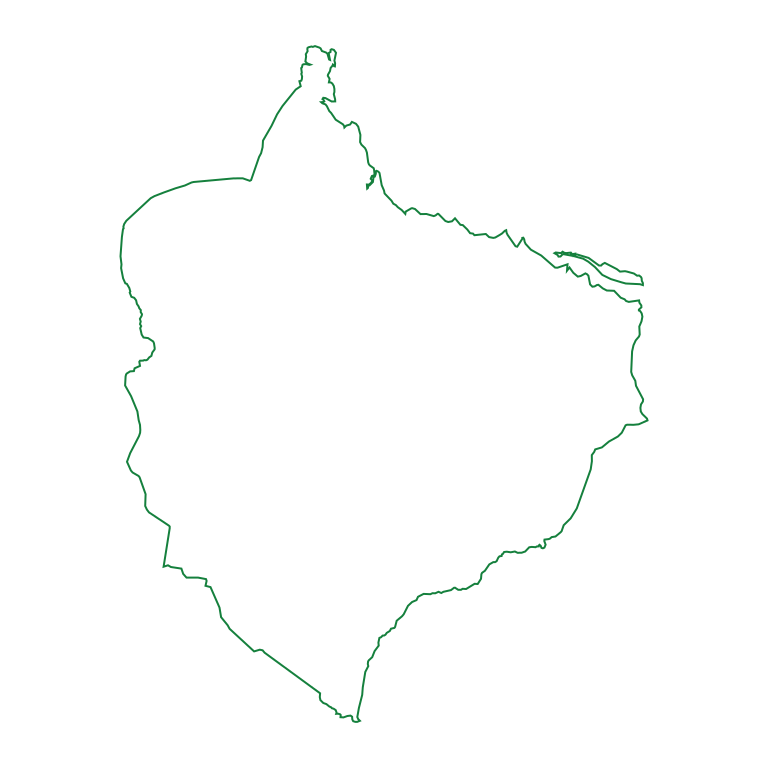 Krakor, Pouthisat, Cambodia
{"feature_id": "14789045B13270514327943", "entity_name": "Krakor", "entity_type": "district", "adm_level": 2, "iso_a3": "KHM", "parent_name": "Cambodia", "parent_adm1": "Pouthisat", "projection": "orthographic", "projection_center": [104.201, 12.447], "detail": "fine", "context": "isolated", "style": "outline", "palette": "green", "viewbox_px": 768, "rotation_deg": 0, "n_neighbors": 0, "source": "geoboundaries", "source_scale": "gbopen_adm2", "svg_char_len": 6064}
<svg xmlns="http://www.w3.org/2000/svg" viewBox="0 0 768 768"><path d="M639.1,300.4L628.8,301.9L626.1,301.0L624.6,299.3L620.7,297.7L614.1,290.8L606.8,290.5L602.8,288.4L598.4,284.8L597.0,285.0L594.6,286.4L592.4,286.7L590.1,284.4L588.4,275.7L587.0,274.2L585.4,273.4L580.7,276.0L577.8,276.6L573.3,272.8L569.5,267.5L567.0,270.7L567.5,264.3L557.5,267.7L555.1,267.6L541.2,255.5L530.9,249.7L525.6,243.9L524.6,241.7L524.2,239.3L523.3,237.7L522.3,237.9L522.3,238.8L517.2,246.7L515.5,246.2L507.6,234.9L506.6,232.8L506.2,230.2L504.8,230.8L502.0,233.5L499.6,235.0L495.3,237.5L493.3,237.9L489.1,237.1L485.8,234.0L474.4,235.2L473.0,233.6L470.1,233.2L467.3,229.5L462.8,225.1L460.4,224.8L455.0,218.3L452.0,221.3L448.2,222.0L445.4,221.0L438.4,213.9L437.6,213.8L435.6,215.4L433.8,216.1L426.5,214.0L420.5,214.1L415.0,209.0L412.3,208.2L411.4,208.3L405.7,211.6L405.3,213.9L401.7,210.0L397.8,207.2L395.9,205.1L393.3,203.7L391.5,200.7L384.6,193.5L384.0,190.5L381.7,185.2L379.5,173.0L378.4,171.7L376.6,170.8L375.9,171.2L375.8,173.8L374.8,176.6L373.5,177.2L372.9,182.0L369.5,185.4L368.3,185.7L367.9,188.0L367.2,188.6L366.9,184.5L369.0,184.6L371.2,182.7L372.1,181.2L372.2,180.3L370.7,178.8L371.9,176.0L374.2,175.3L374.5,173.8L374.1,169.9L373.7,168.2L369.9,165.5L368.9,164.3L368.2,162.4L366.9,152.6L366.0,150.0L365.0,148.1L361.4,144.6L360.1,142.1L360.4,134.9L358.2,126.6L356.0,123.8L351.9,121.9L350.1,124.5L346.3,125.6L344.4,127.5L344.1,125.9L342.9,124.3L335.7,119.7L331.1,112.9L329.3,111.1L326.9,106.2L325.5,104.4L322.4,103.3L321.2,102.2L323.3,102.0L324.3,101.4L323.4,99.7L322.5,99.1L323.3,97.8L325.5,98.1L331.7,101.5L335.2,101.4L335.1,99.2L333.8,94.1L334.4,92.0L334.4,88.9L333.8,86.0L332.3,83.5L330.7,82.4L328.9,82.4L329.6,78.9L327.8,75.8L328.0,74.6L330.0,71.1L330.6,68.0L332.7,65.4L332.9,64.5L333.6,64.9L334.1,66.2L334.9,66.4L335.1,63.2L334.4,60.6L336.0,52.8L333.9,49.9L331.7,49.2L330.6,49.8L330.5,52.0L328.9,52.9L328.8,53.9L330.0,59.9L329.1,59.5L327.4,53.6L326.0,52.5L321.9,51.0L320.6,48.4L319.4,47.6L315.0,46.1L312.8,46.9L311.5,46.5L308.7,47.2L307.6,47.8L307.3,49.0L307.6,51.2L305.8,54.2L306.1,56.5L305.4,61.5L307.3,63.4L310.4,64.6L309.4,64.9L306.0,64.1L303.3,64.3L302.5,64.9L301.9,67.5L301.2,68.1L301.8,72.8L301.3,73.9L302.1,76.4L301.9,79.0L301.3,80.7L299.4,81.2L300.7,86.2L295.7,89.6L282.5,106.0L277.1,114.3L271.5,125.9L263.0,140.6L262.6,147.2L261.1,153.2L259.1,156.9L251.1,180.1L249.8,180.8L242.7,178.3L233.4,178.4L193.6,182.0L191.5,182.5L184.9,185.5L175.5,188.3L163.8,192.5L154.5,196.1L150.7,198.2L126.3,220.8L124.2,224.0L123.4,226.6L123.6,228.5L123.0,229.1L121.9,237.0L120.5,256.3L121.5,264.4L121.1,268.1L123.1,278.3L125.3,283.3L126.9,283.9L129.3,288.0L130.3,291.5L129.7,292.6L131.4,296.8L134.2,297.8L136.1,300.3L136.9,303.9L138.6,306.4L139.3,308.3L140.8,310.1L140.7,312.1L142.0,314.2L141.7,315.7L139.9,318.9L140.7,321.6L140.0,324.1L141.2,326.1L140.2,328.1L141.7,334.6L143.5,337.5L148.1,338.1L153.2,341.5L154.0,343.3L154.7,348.1L154.6,349.4L152.3,352.5L151.4,355.9L149.2,357.4L147.4,359.7L146.0,360.3L144.2,360.1L143.2,360.6L140.0,360.7L139.3,361.8L140.0,365.9L134.6,368.3L133.9,371.1L130.1,371.4L126.8,373.5L126.1,374.4L125.6,376.4L125.1,385.5L131.1,396.2L137.4,411.5L138.7,420.2L140.0,424.9L140.3,430.0L140.1,432.8L139.0,436.1L130.2,453.1L127.0,461.8L130.9,470.5L132.6,472.5L138.6,476.0L139.6,477.3L145.6,494.2L145.2,506.0L146.9,509.6L149.0,512.4L169.0,525.7L169.7,526.5L169.7,528.3L163.6,566.7L168.0,565.3L170.9,567.0L181.4,568.6L183.2,573.9L186.5,577.6L198.1,577.6L206.0,579.1L206.6,580.9L205.5,585.8L210.5,587.1L219.5,607.6L221.1,617.2L227.7,625.3L229.6,628.8L254.1,651.4L259.8,649.7L262.6,650.3L264.6,652.7L320.1,693.3L319.8,697.1L320.4,700.1L323.3,703.0L326.4,704.1L329.3,706.5L331.3,707.4L331.8,708.2L333.6,708.7L335.7,710.1L336.6,712.7L336.2,713.8L338.1,713.7L340.1,714.3L340.7,715.0L340.5,717.2L343.5,717.4L347.4,716.0L350.5,715.6L352.1,716.7L352.3,719.4L353.2,721.2L355.4,721.9L357.1,721.9L359.9,720.8L358.2,719.1L357.3,717.0L358.9,708.0L362.2,694.9L362.8,687.2L365.3,671.9L368.3,666.1L367.8,664.0L368.1,661.4L368.9,660.2L372.2,657.2L374.6,651.1L378.7,645.6L378.4,642.6L379.4,637.9L381.1,637.2L382.6,635.6L384.2,635.5L385.5,634.7L386.7,632.9L389.8,631.0L391.0,628.7L394.4,627.9L395.1,626.9L396.7,620.7L402.0,616.3L403.7,614.3L408.0,605.8L412.1,602.0L416.5,600.1L418.0,596.8L423.6,593.9L430.4,594.2L432.5,593.2L435.2,593.3L438.5,591.8L441.3,593.0L443.4,591.8L451.0,590.1L454.0,587.8L455.0,587.7L458.2,589.8L461.0,589.8L462.6,588.8L466.1,589.0L474.6,583.8L477.7,584.0L481.0,578.8L481.4,574.2L482.1,572.8L484.9,570.8L489.3,564.4L493.3,562.1L495.1,562.1L496.6,561.2L498.3,557.6L499.5,556.3L501.6,556.0L501.9,554.4L502.8,554.0L504.1,552.0L506.8,551.7L510.7,552.3L514.9,551.5L517.6,552.8L521.7,552.7L525.2,551.5L529.2,547.3L531.7,546.9L535.6,547.2L536.7,546.5L538.7,546.4L538.7,545.6L539.5,544.8L540.6,545.7L541.5,547.9L542.9,548.3L544.4,547.6L545.6,544.7L544.3,541.0L544.5,539.6L548.6,539.1L549.8,538.7L551.7,537.1L555.5,536.5L560.8,532.1L561.6,531.2L563.7,525.2L570.7,518.3L576.8,508.4L590.7,469.4L591.9,461.2L591.8,455.1L594.2,451.9L595.2,449.4L601.9,447.4L609.0,441.5L617.9,436.5L621.8,432.7L625.6,425.3L627.1,424.7L633.6,424.8L638.7,424.3L647.5,420.4L647.0,418.6L642.4,414.1L640.8,411.5L640.4,407.9L641.0,404.4L642.9,401.5L643.1,399.3L636.0,385.8L635.3,380.8L632.2,375.3L631.2,371.9L632.1,351.4L633.5,345.2L635.7,340.4L639.0,336.5L639.7,334.5L639.3,326.5L641.5,321.3L642.4,316.7L641.7,313.4L640.2,311.1L638.9,310.5L638.9,309.6L641.4,307.3L641.3,305.4L639.4,302.7L639.1,300.4ZM639.1,275.5L637.1,275.7L633.9,273.5L627.0,271.6L625.0,271.2L620.0,271.6L616.8,269.1L604.8,262.9L602.4,264.2L601.2,265.5L599.0,265.5L588.6,257.9L577.2,254.5L576.4,254.4L574.4,255.4L575.0,253.7L570.7,254.4L571.3,253.1L570.9,252.6L566.1,253.1L564.4,252.8L562.6,251.7L561.0,253.1L555.7,252.5L554.5,253.2L557.6,255.0L558.5,256.6L560.5,256.5L562.6,254.3L563.7,254.2L573.4,256.0L583.2,258.7L588.3,261.7L595.0,267.1L602.3,274.9L610.9,279.1L621.4,282.3L625.8,283.5L640.0,284.2L642.9,285.1L642.9,283.1L641.8,280.8L641.6,278.2L640.9,276.9L639.1,275.5Z" fill="none" stroke="#15803d" stroke-width="2"/></svg>